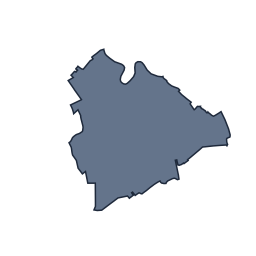 Phu Nhuan, Hồ Chí Minh city, Vietnam, rotated 228°
{"feature_id": "81297802B72603937188235", "entity_name": "Phu Nhuan", "entity_type": "district", "adm_level": 2, "iso_a3": "VNM", "parent_name": "Vietnam", "parent_adm1": "Hồ Chí Minh city", "projection": "orthographic", "projection_center": [106.679, 10.801], "detail": "fine", "context": "isolated", "style": "filled", "palette": "slate", "viewbox_px": 256, "rotation_deg": 228, "n_neighbors": 0, "source": "geoboundaries", "source_scale": "gbopen_adm2", "svg_char_len": 2860}
<svg xmlns="http://www.w3.org/2000/svg" viewBox="0 0 256 256"><g transform="rotate(228 128 128)"><path d="M156.6,74.4L156.2,74.2L151.9,73.0L150.8,72.4L147.1,69.9L145.7,69.1L144.9,68.7L140.4,68.2L138.4,67.9L131.5,64.0L127.5,63.7L124.4,63.4L124.1,67.3L113.9,61.2L108.9,66.8L93.8,53.4L91.5,51.3L89.9,47.9L87.3,49.9L84.5,53.5L83.8,61.8L82.7,73.8L77.8,82.1L76.3,82.1L74.9,82.0L74.5,86.9L76.6,87.2L77.5,87.4L77.3,88.5L73.1,88.2L72.8,90.7L72.5,92.7L72.2,93.0L70.7,93.6L69.7,94.3L69.5,97.2L69.2,99.7L69.0,104.7L68.7,107.7L68.6,109.3L68.2,111.9L67.9,113.6L67.6,114.9L67.2,116.3L65.9,116.0L64.7,116.1L62.6,117.6L61.4,119.1L61.9,120.1L62.1,122.0L60.7,126.9L60.2,128.0L59.4,129.1L57.9,129.7L56.5,130.2L56.3,130.6L55.9,131.7L58.4,133.3L59.2,133.9L60.8,134.8L68.1,139.1L72.4,141.6L71.7,142.9L67.2,140.4L66.6,140.8L66.1,141.0L65.1,143.3L64.8,145.8L64.1,145.8L63.6,151.0L64.6,151.1L64.4,154.5L64.0,167.4L64.0,170.6L57.7,179.3L53.7,184.5L50.0,189.2L49.6,189.6L48.6,189.6L49.2,191.1L50.1,191.3L51.6,192.1L53.8,193.8L54.1,194.6L53.8,195.7L53.1,197.6L53.7,198.5L54.7,199.4L60.0,202.1L69.3,205.6L77.9,208.1L78.3,205.3L79.1,201.0L79.6,199.4L81.4,198.7L83.9,198.4L85.6,198.0L86.5,198.1L86.3,197.4L86.4,196.8L87.7,196.7L88.7,196.9L89.4,196.9L89.6,196.6L90.3,196.6L91.7,196.4L92.4,195.8L93.2,196.0L93.6,195.7L93.9,195.9L94.6,195.7L94.9,195.7L95.4,196.0L95.6,196.4L95.9,196.1L96.4,195.2L97.6,194.1L97.6,193.8L97.4,192.3L97.2,190.7L97.3,189.4L104.4,190.3L104.9,192.2L110.3,191.2L117.0,190.2L121.4,190.1L121.5,191.8L123.4,191.8L124.0,191.7L127.4,189.9L130.1,188.6L133.5,187.9L134.6,187.8L135.0,187.9L136.6,187.9L137.0,188.4L138.7,188.3L140.1,187.9L141.9,187.8L142.9,188.5L143.6,187.2L144.7,186.3L146.5,184.7L152.8,181.4L158.2,181.0L164.1,182.1L167.0,182.2L168.8,181.7L169.7,180.7L170.7,179.7L171.1,177.7L170.8,176.3L168.4,173.5L164.1,170.1L162.4,166.5L161.7,161.2L161.7,157.2L162.3,155.4L163.9,154.2L165.8,153.7L167.5,153.7L169.3,154.8L171.2,157.3L173.6,163.8L175.2,165.9L177.3,166.4L179.7,165.9L186.2,162.4L192.2,161.1L196.4,160.5L198.8,160.7L202.2,162.3L202.7,162.7L204.2,159.5L204.4,154.4L204.7,151.4L204.9,148.7L204.6,148.4L202.8,148.3L202.8,146.5L203.3,145.1L201.6,134.0L203.1,133.0L205.5,132.4L207.4,132.1L207.2,131.4L207.1,130.6L207.0,129.3L206.9,128.9L206.5,128.7L205.9,128.9L205.2,129.1L204.7,129.2L204.6,128.5L204.7,127.5L204.4,126.8L205.7,126.3L205.8,126.1L205.8,125.5L205.4,122.0L205.4,121.0L202.1,121.1L203.3,115.3L193.4,114.0L192.4,113.8L180.2,112.4L180.3,111.8L183.6,100.7L182.1,100.3L181.1,100.0L179.3,99.4L175.9,97.8L175.0,97.2L175.0,99.3L175.0,103.0L169.4,101.3L168.9,101.1L167.8,100.2L166.3,99.3L159.8,95.9L158.5,95.0L157.2,93.5L156.2,92.3L156.0,91.6L156.0,91.1L156.4,88.5L156.6,87.8L157.3,86.2L157.6,85.4L157.8,84.6L158.0,82.6L158.0,80.8L157.8,79.9L157.3,78.8L156.6,77.0L156.5,76.2L156.4,75.5L156.6,74.4Z" fill="#64748b" stroke="#1e293b" stroke-width="1.5"/></g></svg>